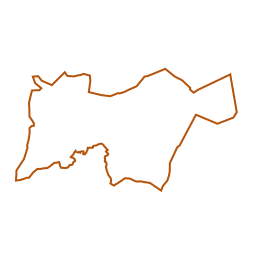 Afijio, Oyo, Nigeria (Robinson projection), rotated 186°
{"feature_id": "59680162B11241948791785", "entity_name": "Afijio", "entity_type": "district", "adm_level": 2, "iso_a3": "NGA", "parent_name": "Nigeria", "parent_adm1": "Oyo", "projection": "robinson", "projection_center": [3.925, 7.738], "detail": "fine", "context": "isolated", "style": "outline", "palette": "amber", "viewbox_px": 256, "rotation_deg": 186, "n_neighbors": 0, "source": "geoboundaries", "source_scale": "gbopen_adm2", "svg_char_len": 4046}
<svg xmlns="http://www.w3.org/2000/svg" viewBox="0 0 256 256"><g transform="rotate(186 128 128)"><path d="M39.6,141.6L24.2,149.4L21.5,155.2L31.8,191.5L31.9,192.0L62.2,173.4L66.5,170.0L70.4,172.8L70.3,174.4L79.1,181.1L86.7,184.0L97.1,190.7L113.5,181.9L117.0,180.8L117.0,180.7L123.8,170.4L131.6,165.9L135.0,163.7L136.0,163.2L139.9,161.5L141.3,161.7L148.8,157.8L157.5,157.9L161.4,158.4L170.7,159.6L170.4,171.1L171.4,176.1L171.5,176.2L178.0,177.2L180.6,175.7L183.3,175.1L186.7,173.8L187.4,173.7L193.6,173.4L194.1,173.8L196.7,176.8L208.3,162.6L208.9,162.9L218.7,166.0L222.6,170.0L224.5,169.9L228.0,169.1L225.0,162.9L218.3,158.5L220.1,156.3L227.3,155.4L227.9,152.1L229.1,142.6L228.2,137.4L227.6,132.4L227.3,129.2L225.3,126.9L222.2,123.0L222.1,122.4L221.9,120.3L223.9,120.0L225.9,117.7L225.3,112.5L225.3,112.4L225.6,105.9L226.5,100.1L225.9,97.9L226.0,97.4L226.6,94.1L227.7,88.7L228.2,86.3L234.2,74.7L234.5,74.2L234.1,69.4L234.1,67.6L233.9,64.0L229.5,65.1L225.5,66.9L223.0,68.1L221.2,68.2L217.7,73.8L213.9,77.8L210.3,78.2L208.6,78.9L207.5,79.1L204.1,79.8L202.5,80.9L197.7,85.6L195.7,86.0L192.9,86.9L192.4,85.6L191.8,83.8L191.3,82.7L190.3,81.4L189.5,81.4L189.1,81.6L188.3,81.7L187.6,81.6L187.4,81.6L187.1,81.5L186.3,81.6L185.6,81.8L184.6,82.1L184.1,82.1L183.7,82.5L183.2,83.1L182.9,83.7L182.7,84.2L182.4,84.6L182.1,85.0L181.8,85.2L181.6,85.2L181.3,85.2L181.2,85.1L180.9,85.2L180.7,85.3L180.4,85.4L180.2,85.5L179.8,85.7L179.6,85.7L179.5,85.8L179.4,85.9L179.4,86.0L179.3,86.3L179.2,86.5L179.1,86.9L179.1,87.0L179.0,87.3L179.0,87.6L178.9,87.8L178.8,88.1L178.8,88.3L178.7,88.4L178.6,88.5L178.4,88.6L178.3,88.8L178.2,88.9L178.1,89.0L177.9,89.1L177.7,89.2L177.7,89.3L177.6,89.5L177.3,89.8L177.2,89.8L177.3,90.5L177.5,90.7L177.7,91.0L177.8,91.2L178.0,91.6L178.3,91.8L178.8,92.1L179.1,92.3L179.3,92.4L179.3,92.5L179.5,92.6L179.8,92.7L180.0,92.7L180.4,92.8L181.0,92.8L181.4,92.8L181.9,93.0L181.0,94.4L179.6,95.9L178.9,98.1L177.8,99.8L177.2,98.9L176.9,98.8L176.5,98.7L176.2,98.6L175.9,98.6L175.7,98.6L175.3,98.6L174.9,98.5L174.6,98.6L174.4,98.5L174.2,98.5L174.0,99.0L173.9,99.1L173.6,98.9L173.4,98.9L173.2,98.8L173.0,98.7L173.0,98.8L173.0,99.1L172.8,99.3L172.7,99.3L172.5,99.6L172.3,99.7L172.1,99.7L171.7,99.8L171.0,99.9L170.4,100.0L169.9,100.1L169.7,99.4L169.6,98.7L169.6,98.1L169.9,97.6L169.8,97.4L169.2,97.3L168.2,97.3L168.2,97.6L168.1,97.9L167.9,98.0L167.3,98.8L166.8,99.5L166.7,100.1L166.6,100.5L166.3,101.3L165.9,102.1L165.9,102.9L166.0,103.6L166.0,104.1L165.9,104.2L165.6,104.2L165.3,104.2L165.1,104.2L164.8,104.3L164.4,104.3L163.7,104.4L163.1,104.5L162.8,104.5L162.7,104.5L162.3,104.6L162.2,104.6L161.9,104.6L161.7,104.5L161.4,104.7L161.2,104.8L160.8,105.0L160.9,105.8L160.9,106.1L160.7,106.3L160.4,106.5L160.1,106.7L159.7,106.9L158.5,107.1L157.2,107.6L156.2,108.4L154.4,109.3L152.4,109.6L150.5,108.5L150.4,108.2L149.4,107.0L148.6,106.6L147.7,105.5L145.9,104.0L146.0,103.9L146.3,103.5L146.8,103.0L147.3,102.6L147.5,102.3L147.2,102.0L146.9,101.9L146.8,101.6L146.5,101.4L145.8,101.0L145.6,100.8L145.1,100.0L144.9,99.7L145.2,99.3L145.3,99.0L145.5,98.8L145.9,98.5L146.2,98.3L146.5,98.2L146.8,98.0L147.2,97.8L147.4,97.8L147.6,97.6L147.8,97.3L147.8,97.1L147.9,96.9L147.9,96.7L148.0,96.4L148.1,96.2L147.9,95.8L147.8,95.5L147.8,95.4L147.7,95.3L147.7,95.2L147.6,94.9L147.5,94.7L147.5,94.4L147.5,94.2L147.4,93.9L147.4,93.7L147.5,93.7L147.6,93.2L147.6,92.9L147.6,92.6L147.6,92.4L147.4,92.3L147.4,92.2L147.2,91.9L146.9,91.9L146.5,91.7L146.1,91.5L146.0,91.4L145.8,90.7L145.7,90.5L145.6,90.2L145.4,89.4L145.5,88.9L145.6,88.5L145.7,88.1L145.8,87.7L145.9,87.4L145.8,86.8L145.7,86.6L145.3,85.0L142.9,79.7L141.2,77.6L140.4,76.8L139.9,76.1L139.8,75.8L139.5,75.1L139.3,74.3L139.3,73.5L139.3,73.2L139.4,72.6L139.4,71.9L139.7,71.1L137.5,69.9L135.7,69.3L134.1,71.0L133.2,71.4L126.5,77.1L125.8,77.7L120.9,77.9L114.5,75.7L113.9,75.7L113.5,75.7L109.5,76.3L106.5,75.9L106.4,76.0L100.3,75.6L88.5,69.2L87.3,73.9L83.3,79.9L82.2,85.6L82.0,88.9L82.1,91.0L82.7,97.3L82.6,97.7L77.1,113.8L74.5,116.5L74.2,117.6L61.8,148.3L39.6,141.6Z" fill="none" stroke="#b45309" stroke-width="2"/></g></svg>